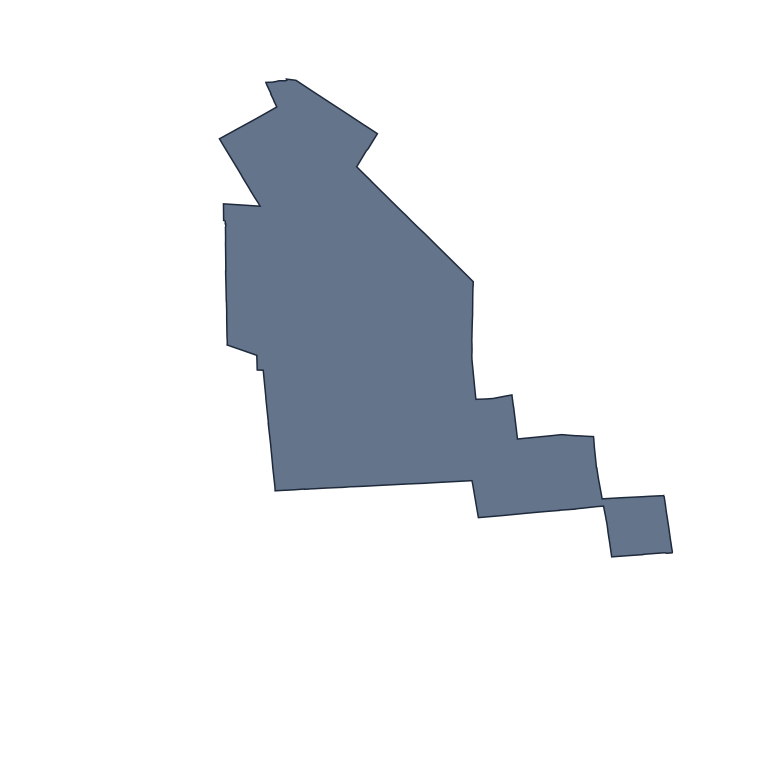 the district of Garbovi, Ialomita, Romania, rotated 52°
{"feature_id": "2599482B59574736363397", "entity_name": "Garbovi", "entity_type": "district", "adm_level": 2, "iso_a3": "ROU", "parent_name": "Romania", "parent_adm1": "Ialomita", "projection": "natural_earth1", "projection_center": [26.782, 44.778], "detail": "fine", "context": "isolated", "style": "filled", "palette": "slate", "viewbox_px": 768, "rotation_deg": 52, "n_neighbors": 0, "source": "geoboundaries", "source_scale": "gbopen_adm2", "svg_char_len": 4090}
<svg xmlns="http://www.w3.org/2000/svg" viewBox="0 0 768 768"><g transform="rotate(52 384 384)"><path d="M401.1,535.6L401.4,535.2L403.1,532.7L405.9,528.7L412.5,519.3L414.8,515.8L416.2,513.7L417.8,511.4L418.0,511.5L419.7,509.1L421.4,506.5L423.7,503.3L426.6,499.1L428.1,496.9L430.9,492.9L434.2,488.3L435.6,486.3L436.5,485.1L437.4,483.8L439.7,480.7L443.0,475.7L443.6,474.7L444.3,473.7L446.1,471.3L450.7,464.9L451.0,464.5L454.3,459.8L459.1,452.9L464.7,444.9L468.5,439.5L475.5,429.5L478.1,425.8L479.8,423.5L482.2,420.1L486.4,414.3L491.6,406.7L496.9,399.1L514.3,374.2L516.4,375.2L524.2,379.4L547.4,391.9L560.7,371.5L573.6,351.2L579.4,342.2L584.6,334.2L591.5,323.8L591.3,323.7L596.8,315.6L600.3,310.4L600.2,310.3L601.4,308.3L602.6,306.2L603.3,305.3L611.3,292.3L615.0,286.7L615.3,286.2L616.2,286.7L616.8,286.9L621.3,289.2L625.9,291.5L626.5,291.9L630.7,294.0L632.5,295.0L637.3,297.8L637.8,298.2L644.7,302.1L645.0,302.2L660.4,311.0L669.1,298.0L677.9,285.0L678.1,284.2L682.7,277.3L689.7,266.8L690.2,266.3L691.2,265.7L692.6,263.7L693.9,261.7L694.4,261.1L694.4,260.7L693.8,260.1L692.7,259.5L691.2,258.7L689.2,257.6L686.1,255.8L683.7,254.5L682.1,253.6L681.1,253.0L672.3,247.9L661.6,241.9L659.7,240.9L655.4,238.4L652.8,236.8L650.2,235.4L648.7,234.5L647.6,233.9L646.3,233.2L645.8,232.9L645.4,232.7L645.2,232.6L644.7,232.6L644.2,232.6L644.0,232.4L643.8,232.9L640.7,237.2L635.1,245.1L631.7,250.1L625.7,258.6L621.0,265.2L614.9,274.0L608.8,282.8L595.8,276.0L591.5,273.8L586.1,270.8L582.6,268.8L582.1,268.5L581.1,267.9L580.7,268.2L580.1,267.7L577.9,266.3L572.5,262.9L565.3,258.4L563.4,257.2L555.5,251.9L555.1,251.7L554.4,251.3L551.6,254.6L548.2,258.5L546.4,260.5L542.6,265.0L538.7,269.3L534.4,273.9L533.1,275.4L527.1,285.0L518.9,297.9L509.5,312.7L509.4,312.6L500.0,306.9L490.2,301.0L484.7,297.7L482.6,296.4L482.3,296.3L480.3,295.2L472.1,290.4L471.4,289.9L469.8,292.9L469.4,293.6L462.4,307.3L462.0,307.8L459.1,312.1L457.7,314.1L453.9,319.3L452.7,321.0L452.2,320.6L451.5,320.3L447.0,317.5L418.5,299.4L418.2,299.1L416.1,297.6L415.2,296.9L413.0,295.0L410.4,292.9L409.8,292.5L406.8,290.2L403.9,288.1L400.4,285.2L396.2,281.8L391.6,278.0L388.0,275.0L386.0,273.3L384.3,271.8L381.6,269.7L373.5,263.2L373.3,263.1L363.3,255.0L361.9,253.7L358.4,250.7L346.5,252.2L334.7,253.7L307.8,257.2L291.0,259.3L280.7,260.9L271.0,262.2L266.1,262.7L265.3,262.8L259.1,263.7L256.3,264.1L248.4,265.1L244.0,265.7L235.9,266.7L231.6,267.3L225.4,268.1L221.4,268.6L216.7,269.2L215.0,269.3L207.0,270.4L200.0,271.3L198.9,271.4L196.0,271.8L196.0,271.7L195.4,270.2L195.0,269.1L192.7,263.1L189.6,255.0L189.3,254.2L189.0,252.0L182.7,235.1L172.9,238.4L165.5,241.0L158.3,243.4L140.6,249.4L121.0,256.1L110.2,259.8L102.1,262.5L100.9,262.9L94.9,264.9L90.5,266.4L89.8,267.1L83.6,273.2L84.9,273.6L84.3,275.1L80.7,279.6L79.9,281.1L79.5,282.0L79.2,282.9L78.7,283.7L78.2,284.5L77.9,285.5L74.6,290.0L73.6,291.4L75.2,291.9L76.9,292.4L77.5,292.5L82.4,293.6L83.9,293.9L84.6,294.1L85.3,294.2L85.6,294.3L85.7,294.7L90.2,295.7L92.2,296.1L92.7,296.4L94.7,296.9L95.4,296.9L95.9,297.1L96.5,297.2L98.1,297.6L99.7,298.0L96.4,319.9L96.4,320.2L92.9,341.4L89.5,362.5L89.5,362.8L91.0,362.9L95.4,363.5L109.0,365.1L127.8,367.3L130.5,367.7L130.9,367.7L134.3,368.3L140.4,369.0L146.4,369.7L150.4,370.3L151.4,370.4L156.8,371.0L162.2,371.5L163.7,371.6L167.6,372.2L150.9,390.9L149.5,392.5L143.2,399.6L156.4,409.7L157.0,409.1L157.3,409.0L157.5,408.9L157.9,408.9L158.2,409.0L158.3,409.1L158.6,409.3L160.0,410.5L160.3,410.1L160.6,410.3L162.2,411.5L162.7,412.3L171.5,419.0L177.5,423.8L178.2,424.3L178.5,424.5L180.1,425.7L184.8,429.3L193.2,435.7L193.4,435.9L193.6,436.0L195.1,437.2L197.8,439.2L197.9,439.3L197.7,439.4L198.7,440.2L206.7,446.1L217.0,453.8L221.4,457.1L221.5,457.0L223.1,458.2L230.8,463.9L234.7,467.0L250.5,478.9L254.7,481.8L256.7,483.6L282.0,467.3L283.1,466.6L285.0,468.0L288.3,470.4L294.9,475.3L295.0,475.2L298.8,470.7L310.4,478.1L322.4,485.7L322.5,485.9L333.2,492.6L343.9,499.3L344.0,499.4L344.4,499.6L344.5,499.7L344.3,499.8L361.1,510.1L370.5,516.1L379.9,522.1L380.4,522.5L398.9,533.9L399.0,534.0L401.1,535.6Z" fill="#64748b" stroke="#1e293b" stroke-width="1.5"/></g></svg>